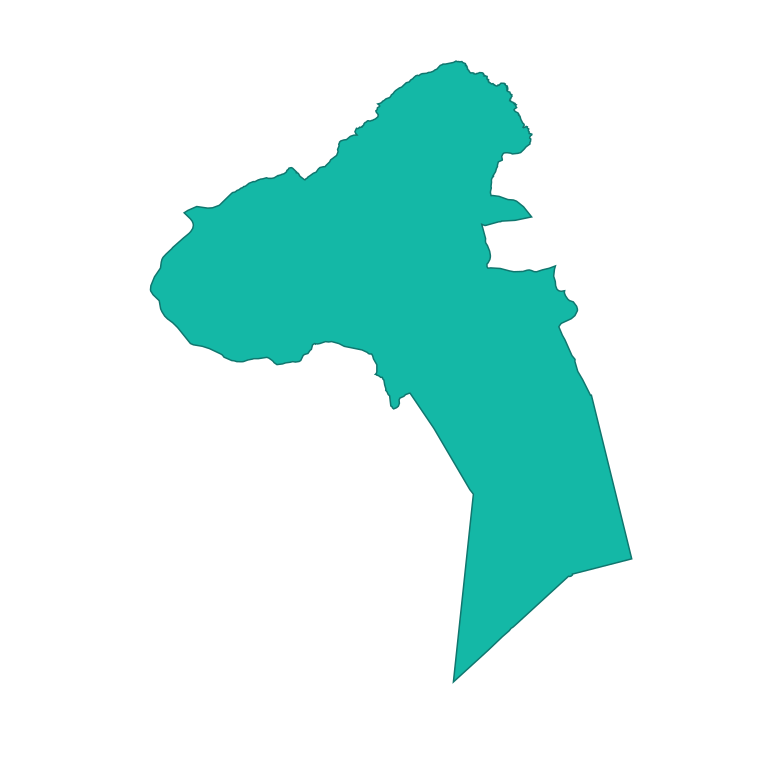 outline of Gatsibo, Eastern, Rwanda, rotated 80°
{"feature_id": "39286606B53863210323147", "entity_name": "Gatsibo", "entity_type": "district", "adm_level": 2, "iso_a3": "RWA", "parent_name": "Rwanda", "parent_adm1": "Eastern", "projection": "robinson", "projection_center": [30.287, -1.667], "detail": "fine", "context": "isolated", "style": "filled", "palette": "teal", "viewbox_px": 768, "rotation_deg": 80, "n_neighbors": 0, "source": "geoboundaries", "source_scale": "gbopen_adm2", "svg_char_len": 6110}
<svg xmlns="http://www.w3.org/2000/svg" viewBox="0 0 768 768"><g transform="rotate(80 384 384)"><path d="M180.7,551.1L187.7,546.0L190.4,544.6L192.9,544.1L194.7,544.2L197.5,545.3L200.3,547.8L201.8,549.8L205.3,556.0L213.1,568.7L213.6,569.0L218.1,575.9L220.9,579.6L222.7,581.0L225.3,582.2L231.0,584.0L238.6,591.4L246.7,596.5L250.6,597.6L251.9,597.6L256.0,595.9L262.9,590.9L271.2,590.9L274.3,590.1L279.0,588.2L282.4,585.8L286.9,581.5L292.5,577.5L310.5,567.6L312.3,564.9L315.3,556.4L318.8,549.8L326.1,539.5L327.4,538.1L329.8,536.9L334.5,529.8L335.1,527.6L336.4,525.1L337.4,520.1L337.5,518.4L336.7,513.9L336.6,508.8L336.4,508.1L337.2,503.6L337.4,494.8L338.3,493.1L341.0,490.4L342.6,489.1L343.8,488.6L346.3,486.1L346.6,480.4L346.1,477.2L346.3,472.8L346.1,470.0L347.0,467.4L347.1,463.7L346.4,461.9L341.8,458.6L341.1,457.1L340.7,453.6L338.0,450.9L337.3,449.5L333.1,447.6L332.1,445.5L332.7,444.7L332.4,444.6L333.0,442.5L333.0,440.1L332.1,434.3L333.0,431.2L333.1,428.3L333.4,427.6L336.4,421.3L340.0,416.6L346.6,399.8L350.1,394.8L351.3,394.1L351.9,393.0L352.3,391.0L354.2,390.3L357.4,390.0L363.8,387.7L370.6,388.9L372.1,389.6L373.0,390.8L373.4,389.7L374.0,389.6L374.8,388.0L376.9,386.0L377.2,384.5L379.0,384.2L380.2,383.4L384.9,383.5L389.2,383.0L390.5,383.4L392.2,382.4L395.1,381.7L396.6,380.5L406.8,381.1L407.7,380.1L409.0,379.8L410.2,378.8L409.5,375.7L408.3,373.7L405.7,372.2L402.2,371.9L400.6,370.7L399.6,366.6L398.2,364.6L397.5,360.9L397.6,359.9L436.3,342.6L502.9,317.8L508.0,315.1L689.5,367.4L664.2,327.5L653.4,311.3L648.7,303.5L646.6,301.2L646.0,299.5L644.8,297.5L605.4,235.7L605.8,234.5L605.7,233.2L604.8,231.6L603.9,231.5L599.2,170.4L431.0,181.7L431.0,182.6L414.0,187.7L405.2,191.0L394.9,192.1L392.9,191.6L388.6,194.0L372.0,198.1L366.9,199.9L358.0,201.9L355.6,199.6L354.9,198.3L352.2,188.2L349.8,184.1L345.4,180.8L343.8,180.5L341.0,180.8L336.0,183.3L334.1,186.8L332.5,188.2L328.8,189.9L326.6,190.4L325.1,190.5L323.5,189.9L323.5,193.2L323.1,194.5L322.4,195.8L320.8,197.2L317.1,197.9L312.7,197.5L307.3,198.2L300.6,196.2L297.5,194.7L298.7,201.3L299.1,208.2L300.0,214.3L299.4,216.7L297.9,219.0L296.9,221.2L296.8,223.4L297.3,227.6L296.0,236.6L294.5,240.6L290.4,249.5L288.2,258.7L288.0,261.5L286.4,262.2L283.8,261.8L282.7,260.4L279.7,258.1L277.4,257.2L275.7,256.9L271.5,256.9L265.6,258.1L262.8,259.3L260.9,259.3L258.4,258.7L243.7,260.0L245.3,257.4L245.5,256.4L244.2,243.0L244.4,240.7L244.0,240.0L245.6,226.4L245.1,209.6L233.7,215.8L227.0,221.7L225.3,224.5L223.9,229.9L219.2,238.1L217.3,244.1L217.1,245.8L214.3,246.0L212.6,245.6L209.6,244.3L207.9,244.3L204.1,243.1L201.8,242.8L200.2,242.1L198.6,240.3L198.4,240.1L198.0,240.6L194.3,237.3L191.2,235.8L189.6,234.5L188.2,234.3L185.1,232.8L184.1,228.7L183.5,228.5L180.3,228.6L178.0,226.9L177.3,225.5L177.4,224.2L177.6,222.6L178.7,219.1L179.7,217.7L180.1,212.2L179.8,209.2L177.0,205.1L175.2,203.0L172.9,198.5L171.7,198.6L170.8,197.7L168.2,196.9L167.2,197.9L166.2,197.6L164.9,196.5L164.4,195.3L163.7,195.0L162.9,196.2L162.6,197.5L160.6,197.3L160.0,197.8L159.1,197.8L158.0,197.2L156.9,198.3L156.1,198.5L155.6,198.2L155.0,199.3L155.5,200.1L155.8,202.0L155.4,202.5L153.3,200.9L152.1,201.2L151.0,202.1L147.1,203.3L143.8,203.6L142.9,204.6L142.3,204.8L142.0,204.3L140.3,205.0L138.5,207.4L136.9,208.3L136.4,208.3L135.8,207.6L134.8,205.4L133.4,206.0L132.5,205.7L132.0,206.2L131.9,205.9L131.7,206.4L131.5,206.0L131.3,206.3L131.0,206.0L130.5,206.3L130.7,206.8L130.1,207.5L129.7,207.4L129.7,207.8L128.9,208.1L128.1,209.7L127.3,210.5L126.7,210.2L126.6,211.0L125.3,210.5L124.8,209.5L124.3,209.5L122.7,207.9L121.9,208.3L121.2,207.9L120.5,209.1L118.4,209.4L117.5,211.2L116.6,211.9L116.3,211.6L116.1,212.0L115.2,211.8L115.7,211.3L115.4,211.0L114.4,210.8L113.6,211.4L113.6,210.8L113.0,210.8L111.8,211.0L111.5,211.6L111.8,211.9L109.9,213.0L110.0,212.5L109.7,212.4L108.7,213.5L108.1,216.6L109.8,219.0L109.3,219.7L110.0,220.3L110.1,221.4L109.1,223.1L108.6,223.1L108.3,224.0L107.6,224.1L107.3,224.8L107.3,224.5L107.1,224.6L107.1,226.2L105.8,227.2L105.4,228.1L104.9,228.1L104.4,228.7L103.8,228.3L102.3,229.1L102.2,228.6L101.3,229.6L99.3,229.1L99.3,229.4L98.8,229.4L98.1,231.4L97.9,230.9L96.4,232.4L95.8,232.1L95.0,232.6L94.5,233.4L93.9,235.8L94.5,237.8L94.2,238.4L94.7,239.6L94.2,241.5L93.5,241.5L93.0,242.5L92.6,244.8L91.0,245.8L89.9,246.0L88.5,247.2L87.5,246.9L86.2,247.4L85.8,247.1L84.8,247.5L84.7,248.2L84.2,247.9L84.0,248.4L82.6,248.2L81.2,250.5L80.0,251.3L79.8,254.0L79.4,254.3L79.3,255.8L78.5,257.0L79.4,259.8L79.6,268.2L79.2,270.4L79.7,271.5L80.0,273.3L83.2,277.4L83.5,279.2L84.5,281.1L85.1,284.0L84.9,286.2L85.4,287.9L85.0,292.5L85.4,294.4L86.4,295.9L85.8,297.4L86.0,299.1L87.6,301.8L88.2,302.3L89.3,305.0L90.9,306.7L91.2,309.8L94.7,315.1L95.1,317.4L96.9,321.3L97.9,322.9L99.5,324.5L100.7,326.7L101.5,327.1L102.9,328.7L103.5,332.5L104.9,334.9L105.3,336.3L106.0,337.0L106.9,338.8L107.1,341.5L109.0,340.0L109.9,340.2L110.8,342.4L111.1,342.7L112.5,342.9L113.6,344.6L114.9,344.4L117.8,342.9L119.8,343.6L121.5,346.5L122.0,348.8L122.4,349.4L122.3,350.6L122.7,352.0L122.0,353.8L122.0,354.7L122.9,355.9L123.2,357.2L124.2,358.5L125.4,359.0L126.5,360.9L126.8,360.6L127.0,360.8L127.2,362.4L126.9,363.3L127.2,363.4L127.2,364.0L127.9,364.8L127.9,365.6L127.4,366.7L130.5,368.8L132.3,368.3L134.1,367.3L133.7,370.7L134.3,374.2L136.8,378.5L136.7,381.3L137.1,384.3L138.1,385.8L139.1,386.1L139.9,386.9L141.7,386.9L145.0,389.0L147.3,388.9L150.7,391.0L154.0,397.6L155.9,399.0L158.5,402.9L159.7,404.3L159.5,405.9L159.7,409.5L160.9,411.4L163.6,414.1L164.2,417.0L166.5,421.7L166.7,422.6L167.7,423.6L168.6,425.7L169.2,426.3L168.8,427.1L164.8,430.7L161.7,431.8L160.7,433.6L160.3,433.1L155.5,436.6L154.8,437.8L154.9,440.1L156.1,441.1L156.7,442.4L158.3,443.4L159.6,446.0L159.8,448.3L160.3,449.8L160.2,451.0L160.6,451.8L160.3,452.2L161.9,456.4L162.0,458.7L161.4,462.3L160.5,463.9L160.9,467.9L160.8,470.1L161.3,472.4L161.0,471.9L162.3,475.9L162.0,477.7L162.9,482.1L165.2,486.2L165.2,487.9L166.1,489.2L166.3,490.9L167.6,493.3L167.8,495.0L168.7,496.6L169.2,498.0L169.1,499.4L169.6,500.7L179.4,515.1L180.7,522.3L180.2,527.0L176.7,537.6L179.0,547.1L180.7,551.1Z" fill="#14b8a6" stroke="#0f766e" stroke-width="1.5"/></g></svg>